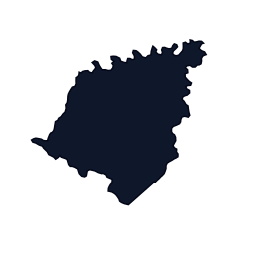 outline of Urupema, Santa Catarina, Brazil, rotated 164°
{"feature_id": "56859067B45014114874295", "entity_name": "Urupema", "entity_type": "district", "adm_level": 2, "iso_a3": "BRA", "parent_name": "Brazil", "parent_adm1": "Santa Catarina", "projection": "robinson", "projection_center": [-49.915, -28.011], "detail": "fine", "context": "isolated", "style": "filled", "palette": "ink", "viewbox_px": 256, "rotation_deg": 164, "n_neighbors": 0, "source": "geoboundaries", "source_scale": "gbopen_adm2", "svg_char_len": 3065}
<svg xmlns="http://www.w3.org/2000/svg" viewBox="0 0 256 256"><g transform="rotate(164 128 128)"><path d="M32.0,188.7L33.4,191.0L35.9,191.9L38.3,191.9L40.8,192.3L41.9,194.3L44.0,195.5L44.6,192.6L47.3,192.2L49.1,194.6L51.5,194.5L52.2,191.6L53.0,189.0L54.3,187.1L56.7,185.6L59.0,184.1L60.9,184.0L63.3,184.9L64.7,187.4L63.2,189.5L60.1,191.1L58.0,192.4L58.2,194.6L60.3,196.1L62.3,194.7L64.0,192.5L66.8,192.8L68.8,194.0L70.6,195.4L72.6,195.8L74.1,193.8L74.0,191.2L75.6,189.1L78.7,190.6L80.4,193.3L78.9,195.3L80.1,197.7L81.5,199.8L82.7,198.2L84.4,195.5L85.9,191.9L88.8,192.0L91.6,190.5L94.7,192.4L95.9,195.6L97.7,198.6L99.0,200.1L101.5,201.1L102.8,199.0L102.0,195.6L102.8,192.4L105.2,192.6L107.0,194.3L109.1,194.9L110.2,193.2L111.3,191.1L113.9,192.2L116.6,194.2L116.8,197.4L119.8,200.1L122.5,201.1L124.7,201.4L125.1,198.5L123.0,196.0L125.7,194.7L124.9,192.2L126.1,190.0L128.6,188.2L131.4,188.8L133.8,190.3L136.8,191.1L137.6,193.2L138.4,196.0L138.9,199.8L141.6,201.7L144.4,200.8L142.6,197.3L142.4,194.7L144.0,193.5L145.6,192.4L147.4,190.8L149.7,192.2L150.8,194.2L153.7,194.8L156.1,194.8L158.0,193.8L159.6,195.1L160.5,192.8L161.9,191.3L164.0,190.7L165.0,187.6L165.6,184.9L167.5,182.6L170.2,182.6L172.5,180.6L174.2,179.0L176.0,177.0L177.0,175.1L178.2,171.6L179.4,169.0L181.4,167.4L182.0,163.9L184.1,160.6L186.5,159.4L189.1,157.3L191.9,156.4L193.3,154.7L195.9,154.1L197.5,150.8L198.8,148.0L199.9,146.1L201.7,144.7L203.7,144.4L205.1,143.2L207.3,140.4L208.8,138.0L210.8,138.4L212.8,139.3L214.2,141.0L216.8,142.4L219.4,143.6L221.6,143.6L224.0,143.0L223.3,140.6L220.8,139.0L218.0,136.1L215.2,134.1L214.6,131.9L213.6,130.1L212.1,127.5L211.4,124.2L209.3,122.3L207.3,120.4L206.1,117.9L203.0,118.9L201.1,120.3L200.1,118.3L196.8,116.0L195.2,114.6L195.1,112.0L195.1,109.1L194.1,107.0L192.2,106.5L190.0,104.9L187.6,102.5L187.6,100.1L187.5,97.5L185.8,94.3L183.2,92.9L181.3,93.4L180.2,95.6L179.0,98.0L176.3,98.5L173.4,96.9L171.4,95.7L168.9,93.3L166.0,91.4L164.3,91.1L162.1,88.9L161.8,86.5L160.0,85.0L157.4,82.9L158.5,79.9L160.4,78.9L161.8,77.6L163.5,75.6L164.5,72.9L161.3,71.2L159.0,68.8L157.7,66.6L156.3,62.5L156.2,60.0L154.9,58.4L152.5,56.4L148.8,54.3L118.5,68.8L116.6,68.3L114.5,69.5L112.1,70.6L110.2,71.8L108.2,72.7L105.8,74.2L104.0,76.5L102.6,78.7L101.9,81.3L100.1,83.4L97.6,84.2L94.7,84.8L92.2,85.6L90.2,85.9L87.9,86.6L87.1,89.2L88.0,91.6L87.0,94.2L88.8,96.0L89.6,98.5L87.6,100.6L85.6,102.6L84.8,106.0L85.2,108.6L86.7,110.4L87.2,112.5L86.2,115.7L83.9,117.1L81.2,117.3L79.2,117.6L77.3,117.9L75.7,119.4L75.0,121.4L73.1,123.7L70.5,123.7L68.8,122.9L67.1,121.8L65.1,123.2L65.1,126.4L64.7,129.7L64.2,132.7L65.8,134.6L66.6,137.9L68.1,140.7L66.6,142.8L64.6,143.3L62.0,143.3L59.1,144.7L58.5,147.1L60.7,149.4L61.1,151.7L59.2,152.4L56.0,151.8L54.5,153.8L56.2,155.8L57.6,158.3L58.9,161.1L58.2,164.4L55.2,164.6L54.6,167.7L56.3,170.0L54.5,171.5L51.1,171.2L49.2,168.8L46.6,168.1L44.0,169.5L42.1,169.1L40.1,169.6L38.8,172.1L38.3,174.5L36.5,176.4L34.5,176.9L32.6,177.0L33.4,180.0L36.1,182.1L37.8,185.0L35.5,187.2L34.1,188.6L32.0,188.7Z" fill="#0f172a" stroke="#020617" stroke-width="1.5"/></g></svg>